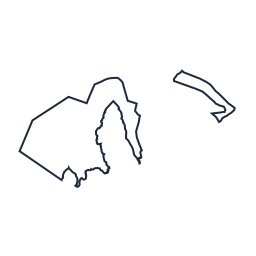 outline of Vaa o Fonoti, Samoa, rotated 112°
{"feature_id": "51752279B29729282307798", "entity_name": "Vaa o Fonoti", "entity_type": "district", "adm_level": 2, "iso_a3": "WSM", "parent_name": "Samoa", "parent_adm1": "", "projection": "robinson", "projection_center": [-171.548, -13.927], "detail": "fine", "context": "isolated", "style": "outline", "palette": "slate", "viewbox_px": 256, "rotation_deg": 112, "n_neighbors": 0, "source": "geoboundaries", "source_scale": "gbopen_adm2", "svg_char_len": 4395}
<svg xmlns="http://www.w3.org/2000/svg" viewBox="0 0 256 256"><g transform="rotate(112 128 128)"><path d="M112.4,175.6L120.5,175.6L121.4,194.8L136.8,205.5L148.9,214.0L156.7,219.4L190.1,219.8L201.1,170.1L200.4,170.2L199.5,170.0L198.9,169.7L198.3,169.7L197.7,169.8L197.5,170.2L195.5,170.7L192.4,170.6L191.7,170.2L190.2,169.7L188.9,168.9L188.4,168.7L187.9,168.2L187.6,167.7L187.1,167.8L188.0,166.8L188.4,165.5L189.1,164.0L189.6,163.1L189.8,162.1L190.1,160.1L190.3,159.4L190.6,159.0L191.1,158.9L192.0,158.2L193.0,157.0L193.7,156.2L194.5,155.7L195.8,155.1L197.1,154.8L198.9,154.6L199.3,154.3L200.4,154.5L200.7,155.0L201.2,155.2L201.4,154.3L201.1,153.8L201.4,153.4L201.2,153.1L201.4,152.6L200.5,152.0L199.5,151.7L198.6,151.6L196.8,152.7L196.0,152.7L194.5,153.1L193.4,152.9L192.2,152.6L191.9,152.3L191.7,151.8L192.4,150.4L192.4,149.8L191.8,148.8L190.9,148.2L190.4,148.3L189.6,148.4L189.0,148.7L188.3,148.7L187.7,149.3L187.2,149.2L186.5,149.6L185.7,150.3L185.7,150.6L184.8,150.6L184.2,150.7L184.0,151.1L182.2,149.8L181.6,148.8L181.8,148.2L181.5,147.6L181.1,147.1L180.1,146.9L180.3,146.6L180.2,146.2L179.8,145.6L179.5,144.8L179.0,144.4L178.3,144.1L177.5,143.3L176.8,141.7L176.4,141.1L176.3,139.6L176.1,138.9L177.3,137.8L177.4,136.9L177.2,136.1L177.6,135.6L177.9,134.9L178.6,133.5L178.9,132.7L178.3,132.3L178.0,132.0L178.1,131.4L177.6,130.6L177.0,131.0L176.6,130.8L176.7,130.5L176.2,130.0L175.4,130.6L175.2,130.2L174.7,130.2L174.2,130.4L173.9,131.2L172.5,130.5L172.1,130.2L171.3,130.9L171.6,131.3L171.3,132.3L170.5,133.0L170.0,134.4L169.2,134.8L168.1,135.1L167.8,135.9L167.7,137.2L166.7,137.9L164.6,139.6L164.1,139.7L163.4,140.1L163.0,140.5L161.7,140.4L161.1,140.2L161.0,140.8L161.4,141.2L161.3,141.8L160.9,142.3L159.8,143.6L158.6,144.1L157.8,144.6L157.0,145.4L155.9,146.0L155.2,146.1L154.6,147.0L153.2,147.3L152.8,147.3L153.5,148.4L154.3,150.1L154.2,150.4L153.6,151.3L152.7,151.4L151.8,152.3L151.4,152.7L151.0,152.8L150.4,152.6L149.8,152.8L149.6,152.5L149.1,152.8L148.2,153.4L147.8,153.3L147.3,153.8L147.5,154.3L147.4,154.1L147.0,153.3L146.6,153.5L146.2,154.7L145.7,155.3L144.3,155.8L143.5,156.3L143.0,156.5L140.6,156.0L139.7,155.9L139.3,155.6L139.1,154.8L138.2,154.1L136.9,154.1L136.2,153.3L135.5,153.2L135.1,153.7L133.7,153.7L133.0,153.9L132.6,154.5L132.6,155.0L132.2,155.3L131.5,155.5L130.3,154.9L129.6,155.2L128.7,155.0L127.7,154.6L127.0,155.0L126.9,154.8L125.5,155.5L124.1,155.5L122.6,155.7L122.1,155.5L122.0,155.1L121.5,155.2L121.0,155.8L119.9,155.4L119.1,155.7L113.0,153.5L108.6,151.7L111.2,146.0L112.6,144.0L112.8,143.8L114.0,143.8L114.0,143.5L115.2,141.6L115.8,140.6L116.8,139.5L117.7,139.3L119.1,138.0L120.1,137.8L120.5,137.6L121.1,137.9L122.0,137.4L121.9,137.1L122.0,136.7L122.6,136.0L123.1,135.7L124.3,134.6L124.4,134.8L125.0,134.3L125.2,133.6L125.8,132.9L126.2,132.6L126.6,132.1L128.3,131.3L128.4,131.1L129.1,130.7L129.5,130.7L130.6,129.7L131.0,129.1L131.5,128.6L132.3,128.3L132.9,127.8L133.4,127.6L134.4,127.6L136.2,126.6L136.4,126.7L137.4,126.3L138.1,126.2L138.8,124.8L139.0,124.1L140.0,122.4L141.0,121.2L141.9,120.2L142.7,119.1L143.2,118.3L144.5,116.8L145.7,115.6L148.4,113.7L150.3,112.5L151.0,111.5L151.8,110.0L152.2,108.9L153.2,107.7L153.8,107.1L154.0,106.6L154.3,106.3L155.0,105.3L155.8,104.6L156.6,104.1L156.3,103.8L155.2,104.3L154.1,105.2L153.8,105.7L153.1,106.3L152.2,106.7L151.4,106.4L151.5,106.1L151.2,105.0L150.5,105.0L150.1,104.7L149.4,105.2L148.7,105.5L147.4,106.6L146.4,107.2L145.9,107.5L144.1,107.4L143.6,106.8L139.3,111.0L133.6,116.2L128.2,119.2L119.0,120.2L117.4,120.4L114.9,121.1L112.1,121.6L111.8,123.6L109.5,127.9L102.1,129.1L102.9,138.4L91.5,147.3L87.8,150.1L86.6,152.3L85.8,154.5L85.4,156.6L86.8,159.7L88.6,163.3L90.4,165.9L92.5,168.0L95.0,170.1L97.6,172.7L100.2,175.3L112.4,175.6ZM83.1,55.6L84.2,52.3L84.8,50.7L86.0,48.8L87.0,47.5L88.3,46.0L87.5,45.1L85.8,44.4L84.6,44.3L83.7,44.2L81.6,42.8L79.2,40.6L77.8,39.9L75.8,38.4L74.7,37.7L73.3,37.1L71.6,36.2L69.8,36.5L69.5,36.5L68.8,38.9L68.2,41.1L67.6,44.0L65.9,47.8L63.9,52.5L62.1,56.8L61.0,60.4L59.1,63.8L57.8,66.1L56.9,68.1L56.0,72.3L55.3,79.5L55.5,97.5L55.2,98.0L54.6,99.3L55.4,99.7L56.0,99.7L56.9,100.1L58.2,100.9L58.7,101.3L59.3,102.1L62.6,103.0L65.4,103.7L67.2,103.0L66.2,79.6L66.3,73.2L66.9,70.4L68.5,66.0L70.2,61.3L71.4,57.9L72.5,55.8L72.6,53.3L72.8,51.2L72.3,47.4L72.7,46.5L73.3,46.0L74.8,44.4L75.4,44.5L77.1,44.5L77.5,45.8L78.7,47.6L81.6,52.9L83.1,55.6Z" fill="none" stroke="#1e293b" stroke-width="2"/></g></svg>